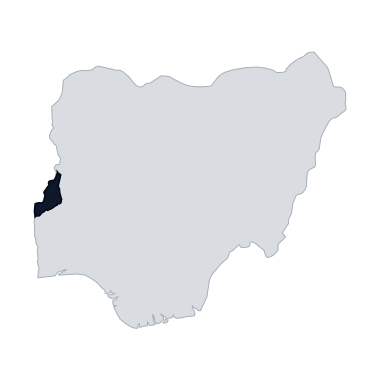 location of Baruten, Kwara, Nigeria, rotated 356°
{"feature_id": "59680162B46396512293260", "entity_name": "Baruten", "entity_type": "district", "adm_level": 2, "iso_a3": "NGA", "parent_name": "Nigeria", "parent_adm1": "Kwara", "projection": "orthographic", "projection_center": [3.396, 9.366], "detail": "fine", "context": "in_parent", "style": "filled", "palette": "ink", "viewbox_px": 384, "rotation_deg": 356, "n_neighbors": 0, "source": "geoboundaries", "source_scale": "gbopen_adm2", "svg_char_len": 5093}
<svg xmlns="http://www.w3.org/2000/svg" viewBox="0 0 384 384"><g transform="rotate(356 192 192)"><path d="M323.4,60.8L336.1,77.6L339.2,90.3L340.5,96.6L342.5,97.3L346.3,97.5L349.1,98.7L350.8,100.7L351.9,102.7L352.1,103.8L351.7,111.5L350.8,114.3L351.5,118.1L351.4,119.7L351.0,120.9L349.4,122.2L347.1,123.5L341.8,127.3L340.2,127.9L337.9,128.1L336.0,129.1L333.7,131.1L328.8,138.6L324.6,146.1L321.8,158.2L318.0,162.0L317.4,165.3L317.1,172.8L316.5,175.1L315.9,175.8L311.8,177.3L309.4,179.1L308.1,182.5L306.5,194.0L305.9,196.0L304.6,198.0L302.5,200.2L300.6,201.4L295.8,202.4L291.5,211.1L291.4,212.6L289.6,220.5L286.2,226.5L286.0,230.3L281.7,235.7L279.4,239.2L281.9,242.9L282.1,243.5L274.5,249.9L274.1,250.9L273.9,255.2L273.3,256.4L271.9,258.0L269.9,259.8L267.8,261.2L265.4,262.2L263.2,262.6L261.9,262.1L261.1,260.8L259.8,255.5L259.1,254.4L257.6,253.4L251.7,247.7L248.1,245.7L247.3,245.9L246.7,246.4L245.7,249.4L244.8,250.5L242.9,250.9L239.6,251.0L237.2,250.7L236.7,250.1L235.5,247.8L228.3,253.3L225.7,254.5L222.5,260.8L217.9,264.0L214.8,266.8L206.3,275.5L204.6,278.1L203.0,281.8L199.5,298.0L193.6,308.1L192.9,310.2L192.5,310.1L191.7,311.1L189.5,310.5L188.4,308.7L187.0,308.4L184.5,305.7L184.0,306.2L186.6,313.0L185.7,315.7L178.5,315.9L172.2,316.9L167.9,316.9L165.8,315.9L164.8,313.3L164.4,313.6L164.2,315.0L162.9,316.1L158.1,316.4L155.9,314.6L154.2,312.7L152.3,311.8L152.6,312.6L154.8,314.5L154.5,317.3L150.6,320.6L148.2,320.8L146.6,319.4L145.9,317.2L145.4,313.8L144.4,311.6L143.9,311.6L144.6,315.3L144.6,318.7L146.5,321.3L143.6,322.1L140.2,322.2L139.8,321.3L139.3,319.1L138.7,318.5L138.1,322.2L131.1,323.3L130.1,323.2L129.9,322.5L130.4,321.5L130.3,319.8L128.7,321.1L128.5,323.7L127.6,324.1L124.9,323.7L122.0,322.4L117.3,319.2L111.5,314.0L110.5,311.7L108.9,308.8L105.8,300.8L106.4,300.5L107.7,300.9L108.4,300.1L106.0,299.6L105.5,299.0L105.3,297.2L105.4,295.1L109.0,293.9L109.9,292.6L110.4,291.3L105.9,293.3L101.7,291.1L100.7,289.7L101.2,288.7L106.1,288.6L107.8,287.5L106.7,287.2L104.9,287.2L104.2,286.6L104.2,284.9L103.6,285.3L102.8,286.7L100.0,287.8L98.4,286.8L98.2,284.4L97.8,283.3L96.4,282.5L91.4,276.2L85.2,271.0L79.6,267.4L71.3,265.7L53.7,265.7L52.8,265.2L53.8,264.4L55.4,263.9L61.0,260.9L60.0,260.5L54.2,262.4L52.2,262.6L49.6,266.1L32.4,266.8L32.4,265.2L33.2,260.6L34.2,257.4L33.1,253.5L32.8,250.0L33.5,248.9L33.8,247.6L33.6,238.6L34.5,237.2L34.6,236.3L32.8,232.5L32.8,229.5L32.5,226.7L31.9,225.4L32.6,214.4L32.4,211.6L32.9,209.7L33.2,205.0L33.2,200.3L34.3,193.0L41.7,192.0L43.5,189.1L44.5,185.5L44.2,181.9L46.6,178.7L49.4,175.9L49.3,172.9L50.1,171.9L51.5,171.2L53.5,170.8L55.6,169.3L56.9,166.6L58.0,162.3L56.2,159.4L56.2,158.7L56.9,157.1L58.1,155.5L59.0,155.0L61.1,155.4L61.8,154.7L63.1,150.0L63.0,148.7L61.0,145.6L59.9,137.0L59.4,135.9L57.8,134.3L53.7,128.3L53.8,125.4L55.5,121.8L56.6,120.0L58.2,119.0L58.5,118.2L58.0,117.1L57.3,116.4L57.1,114.7L57.9,112.4L57.6,109.9L58.0,97.0L61.3,94.5L66.1,90.3L68.5,85.9L69.8,82.6L71.4,71.5L73.9,70.3L78.7,66.2L85.2,63.9L89.5,63.1L96.9,63.6L100.7,63.1L103.9,60.9L105.3,60.3L107.4,59.9L125.9,65.5L127.6,65.3L129.0,65.7L131.4,67.2L136.9,72.5L142.7,80.7L144.5,82.4L146.3,83.4L148.2,83.7L149.5,83.6L150.9,82.8L152.6,81.2L155.3,80.4L157.6,80.6L169.0,74.1L170.1,74.0L177.2,75.2L187.0,81.5L195.0,85.5L200.5,86.8L207.1,87.7L218.2,87.8L226.3,78.8L229.4,76.7L233.0,74.9L240.7,73.1L253.6,71.7L265.6,71.9L273.1,73.3L281.1,76.0L284.6,78.7L290.0,79.0L293.8,78.4L294.9,75.6L298.6,71.9L304.2,68.3L308.8,65.9L312.6,64.7L315.9,61.9L318.6,61.0L323.4,60.8ZM158.5,319.9L155.9,320.8L154.1,320.6L156.5,316.9L157.7,317.7L159.3,318.0L158.5,319.9Z" fill="#d9dde1" stroke="#a8b0b8" stroke-width="1"/><path d="M33.8,206.0L34.6,205.4L35.1,205.1L35.3,205.1L36.1,205.1L37.4,205.1L38.3,205.0L38.6,204.7L38.9,204.3L39.0,204.2L40.6,202.6L40.9,202.3L41.9,201.8L43.3,201.2L44.0,200.5L44.9,199.6L45.5,199.5L45.8,199.9L46.9,200.3L48.1,199.7L49.7,199.1L51.0,198.7L51.8,198.2L54.8,196.3L56.8,195.5L56.8,195.3L56.8,195.0L56.7,194.6L56.7,194.4L57.0,194.4L57.3,194.2L57.9,194.4L58.3,194.3L58.5,194.4L58.8,194.2L59.2,194.2L59.3,194.4L60.1,193.9L60.5,193.3L60.7,193.0L60.8,192.7L61.0,191.9L61.0,191.0L61.5,190.3L61.0,188.7L60.8,187.2L60.2,184.3L60.0,182.8L60.0,179.7L58.9,176.9L59.5,175.1L60.0,173.2L62.2,166.0L62.1,164.9L62.1,165.0L61.8,165.0L61.7,165.3L61.8,165.5L61.9,165.8L61.5,165.8L61.5,165.6L61.3,165.3L61.2,165.1L60.9,164.9L60.8,164.6L60.7,164.4L60.4,164.5L60.5,164.7L60.5,164.9L60.3,164.9L59.9,164.3L59.9,163.9L59.8,163.6L59.1,162.4L59.1,162.6L59.0,163.4L58.9,163.9L58.4,165.0L57.2,167.8L57.1,168.0L57.0,168.3L55.7,170.1L54.8,171.1L54.7,171.0L54.4,170.9L54.1,170.8L53.6,170.7L53.3,170.7L50.5,171.2L50.1,171.6L49.8,172.1L49.6,172.5L49.5,172.8L49.5,173.0L49.5,173.5L49.7,174.1L50.1,174.9L49.2,175.8L48.3,176.8L47.4,177.8L47.2,178.2L46.1,179.7L45.1,180.6L44.3,182.2L44.3,182.5L44.4,182.8L44.6,183.1L44.8,183.7L45.0,184.1L45.0,185.0L45.0,186.0L44.0,189.0L43.1,191.8L40.6,192.5L40.1,192.6L39.6,192.1L37.9,192.1L35.4,192.5L34.9,192.7L34.7,193.1L34.6,193.9L34.3,195.5L34.1,196.6L33.5,200.0L33.5,200.6L33.6,202.1L33.8,205.8L33.8,206.0Z" fill="#0f172a" stroke="#020617" stroke-width="1.5"/></g></svg>